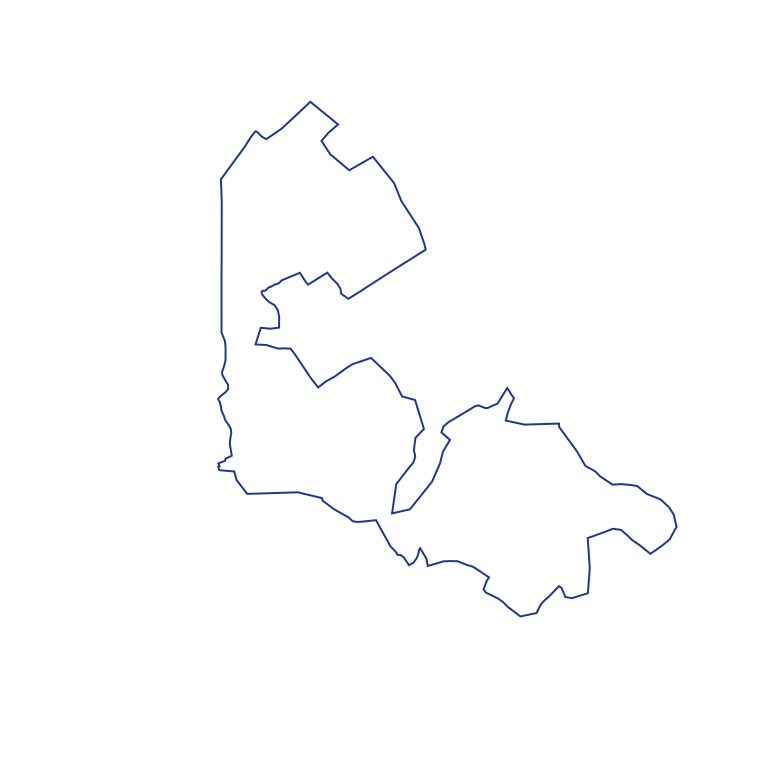 Makoda, Kano, Nigeria, rotated 330°
{"feature_id": "59680162B1898458611197", "entity_name": "Makoda", "entity_type": "district", "adm_level": 2, "iso_a3": "NGA", "parent_name": "Nigeria", "parent_adm1": "Kano", "projection": "orthographic", "projection_center": [8.472, 12.427], "detail": "fine", "context": "isolated", "style": "outline", "palette": "blue", "viewbox_px": 768, "rotation_deg": 330, "n_neighbors": 0, "source": "geoboundaries", "source_scale": "gbopen_adm2", "svg_char_len": 3046}
<svg xmlns="http://www.w3.org/2000/svg" viewBox="0 0 768 768"><g transform="rotate(330 384 384)"><path d="M434.5,659.1L439.8,663.5L456.0,667.1L470.2,646.2L481.2,623.8L483.4,619.3L501.1,622.5L509.8,623.8L516.2,628.7L518.9,636.2L520.9,643.3L524.9,651.6L529.8,664.3L545.0,662.9L553.6,661.4L564.0,655.1L565.8,654.3L569.3,643.2L569.6,642.4L569.2,633.6L566.0,622.5L556.8,610.9L552.2,598.9L546.6,594.4L539.5,589.4L531.6,585.4L524.9,571.8L523.3,565.3L517.5,555.7L517.4,538.3L514.2,508.9L515.7,505.7L485.5,489.5L477.4,482.2L471.2,476.5L476.7,470.9L483.3,465.4L489.5,461.3L489.1,457.9L488.7,449.1L472.6,457.7L461.7,456.6L459.4,455.2L455.2,449.8L451.8,448.8L436.4,449.1L420.7,449.3L414.3,450.5L409.5,454.6L413.2,465.4L401.3,472.0L392.9,480.7L376.6,492.7L343.8,505.5L326.3,500.1L344.5,476.9L363.9,468.9L369.9,466.9L374.6,462.7L375.9,459.3L376.6,456.5L384.4,446.3L396.1,442.9L402.9,413.4L393.5,403.8L394.2,388.7L393.1,379.6L385.8,354.9L366.6,351.1L359.2,351.4L345.0,352.9L334.4,352.7L334.3,352.8L325.3,354.1L323.6,342.2L321.7,314.0L320.8,306.7L315.2,303.1L310.0,300.4L301.6,291.4L292.5,285.5L305.4,273.7L313.2,279.3L321.3,282.7L326.7,273.6L328.9,267.2L328.7,261.2L325.5,255.5L324.3,251.7L324.1,250.1L323.7,248.8L323.4,246.7L323.4,244.9L324.0,243.0L325.5,242.5L326.7,243.4L328.2,243.8L329.6,243.4L330.7,243.1L331.8,242.8L332.9,242.8L334.1,242.9L335.2,243.3L336.5,243.2L338.1,243.3L339.4,243.3L340.7,243.7L341.9,244.0L343.2,244.1L347.4,243.1L366.7,245.6L367.3,256.9L367.9,260.0L390.6,259.2L391.6,266.3L393.7,273.9L393.9,279.9L392.0,284.4L395.8,292.4L410.3,291.9L417.0,291.5L434.1,290.7L450.7,289.9L487.3,288.5L488.8,283.5L492.2,266.5L490.8,239.9L490.5,234.2L493.2,215.2L488.0,181.6L460.8,181.5L452.3,158.2L451.4,142.2L461.6,138.6L474.0,136.3L461.3,102.8L423.0,111.7L404.4,113.1L401.9,108.7L400.2,102.3L398.9,100.9L392.9,103.2L382.1,108.9L345.1,125.2L334.3,145.6L304.7,196.6L297.8,208.3L269.0,258.2L267.8,266.9L265.4,272.5L261.8,278.8L258.7,284.1L256.2,286.8L253.2,289.7L251.1,291.4L249.5,292.9L248.5,295.7L248.4,301.8L248.5,306.6L246.7,310.2L243.3,311.7L239.6,312.4L235.6,312.9L232.9,313.9L232.7,316.5L232.8,318.1L231.9,319.9L231.7,322.1L230.7,323.7L230.0,325.5L229.3,332.0L228.6,335.1L228.5,337.2L228.9,340.5L228.9,344.2L228.9,346.2L227.3,350.0L223.2,354.9L220.4,359.0L216.3,370.0L209.5,369.5L207.9,371.1L200.9,369.9L200.4,373.0L199.1,372.7L198.7,374.7L198.4,376.3L198.7,376.6L210.6,384.9L208.3,393.4L210.6,410.7L213.2,412.2L255.2,434.7L273.1,451.7L272.6,454.6L277.7,466.5L279.8,470.4L286.7,481.9L288.3,487.2L291.9,490.1L296.7,492.5L305.7,496.5L309.0,498.0L308.4,527.6L310.3,535.1L310.4,538.8L312.8,540.2L314.4,544.0L315.1,553.4L317.6,553.3L320.0,553.6L325.4,551.1L326.7,550.1L330.5,546.5L331.1,545.4L333.2,544.3L333.4,556.4L330.9,563.5L347.0,567.4L352.9,570.5L359.0,574.2L365.5,582.3L369.8,586.9L378.3,604.0L374.9,605.6L367.5,611.7L367.9,615.5L375.5,626.8L378.0,632.2L379.7,638.8L385.9,653.5L401.6,658.6L409.9,653.1L411.9,652.6L413.6,652.0L416.1,651.4L420.0,650.7L434.5,646.6L435.8,649.6L434.5,659.1Z" fill="none" stroke="#1e3a8a" stroke-width="2"/></g></svg>